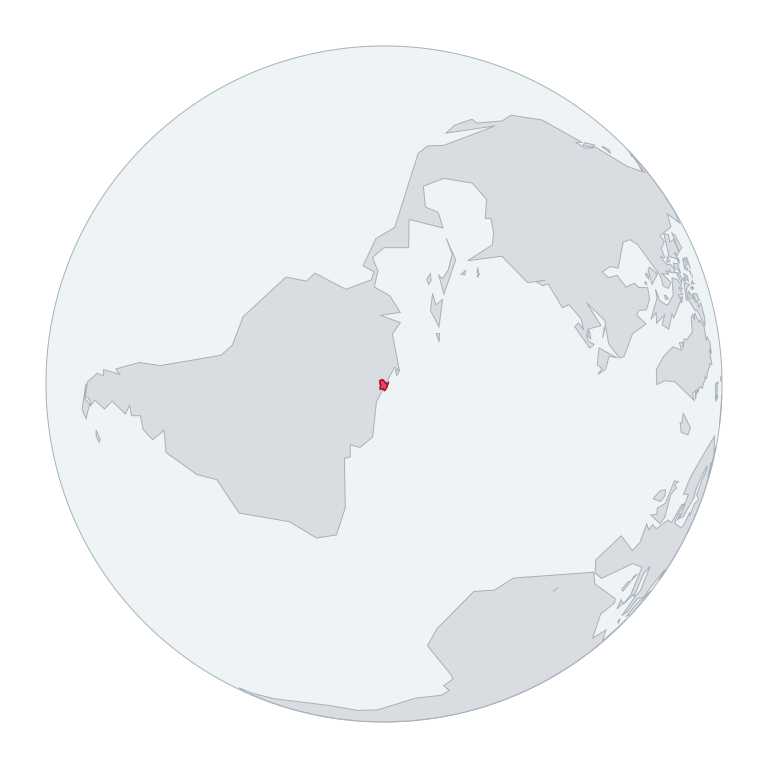 Barima-Waini on an orthographic globe, rotated 80°
{"feature_id": "GUY-675", "entity_name": "Barima-Waini", "entity_type": "Region", "adm_level": 1, "iso_a3": "GUY", "parent_name": "Guyana", "parent_adm1": "", "projection": "orthographic", "projection_center": [-59.909, 7.754], "detail": "fine", "context": "on_globe", "style": "filled", "palette": "rose", "viewbox_px": 768, "rotation_deg": 80, "n_neighbors": 0, "source": "natural_earth", "source_scale": "10m", "svg_char_len": 9664}
<svg xmlns="http://www.w3.org/2000/svg" viewBox="0 0 768 768"><g transform="rotate(80 384 384)"><circle cx="384" cy="384" r="338" fill="#eef3f6" stroke="#a8b0b8"/><path d="M198.8,101.4L204.5,98.1L210.9,94.3L212.2,93.0L219.1,89.1L220.9,88.0L232.6,81.9L237.3,79.9L242.6,77.4L243.2,76.8L249.2,74.1L251.6,73.1L250.1,74.1L264.7,67.9L276.7,65.0L265.7,75.4L279.2,74.1L286.0,86.4L292.2,83.2L298.8,87.3L308.4,85.5L306.9,89.3L315.9,84.7L315.4,81.7L319.2,78.9L324.9,77.8L324.0,82.1L321.0,83.3L323.7,84.1L320.8,86.9L325.4,85.0L323.6,91.0L333.8,83.7L339.3,87.6L335.9,92.0L325.4,93.1L291.3,109.8L284.6,116.5L285.6,123.8L310.5,133.3L307.6,140.9L311.6,149.9L318.2,144.4L317.4,135.6L330.7,128.8L328.1,120.0L333.2,116.3L335.0,107.6L346.4,107.6L356.5,112.7L355.6,120.3L360.0,123.2L370.4,115.5L377.8,130.6L398.6,142.8L399.3,147.5L383.5,155.8L359.6,155.6L339.1,170.4L364.2,160.1L365.4,173.6L370.6,176.0L377.4,175.3L381.5,170.2L384.4,175.2L360.7,186.2L357.7,181.8L365.3,178.0L354.0,178.6L338.0,188.0L339.9,195.1L313.8,204.9L314.8,210.5L309.7,216.4L309.8,206.5L309.1,225.0L278.7,245.6L277.1,280.1L265.8,253.1L254.0,249.8L239.3,250.0L238.7,255.5L220.1,250.9L201.5,262.2L191.9,289.4L196.0,310.9L216.9,312.5L224.5,300.7L240.6,298.8L226.3,330.7L254.0,336.1L249.7,360.4L257.4,373.3L271.9,370.4L286.7,376.8L298.2,362.9L316.3,355.5L315.8,375.3L326.4,357.3L336.1,367.0L372.6,366.5L369.6,371.0L400.2,394.5L434.3,404.4L442.3,418.7L438.1,427.7L450.1,430.1L450.3,435.9L499.0,443.6L524.4,457.1L523.9,477.2L503.2,501.0L485.9,549.1L449.1,565.3L440.7,583.9L413.6,610.6L391.3,608.6L398.7,621.5L387.1,629.0L372.9,629.4L371.4,638.1L360.9,638.2L368.6,644.0L353.6,654.7L360.1,663.6L349.7,671.7L354.4,676.7L349.7,676.4L345.3,678.1L345.6,680.7L330.3,675.7L323.6,664.4L327.3,658.8L321.1,657.6L328.7,642.5L322.7,645.5L320.3,621.5L327.0,601.2L327.4,539.4L319.4,526.6L293.3,511.1L261.7,462.0L269.3,442.4L262.8,432.7L284.2,405.0L279.2,378.4L271.7,374.4L264.0,384.1L239.4,366.7L231.7,346.3L162.8,310.3L157.1,299.8L159.4,283.5L149.1,229.9L147.7,279.4L141.3,269.2L138.5,251.3L143.1,247.3L145.4,222.0L141.4,212.2L151.5,182.3L180.2,147.4L179.6,153.0L186.6,144.9L187.7,137.9L186.8,135.4L212.3,106.2L219.8,92.6L210.8,95.8L221.7,90.1L197.1,102.7L195.6,103.5L198.8,101.4ZM274.1,291.8L305.9,309.4L286.6,311.1L290.5,308.0L282.7,300.9L267.7,294.2L251.2,297.5L274.1,291.8ZM291.1,273.0L285.4,271.6L291.1,271.5L291.1,273.0ZM185.2,135.2L187.0,138.3L183.5,146.6L181.2,144.3L185.2,135.2ZM193.0,121.3L195.8,121.0L187.8,128.5L188.7,126.3L193.0,121.3ZM202.9,99.7L203.0,100.4L200.5,101.2L202.9,99.7ZM328.6,108.4L331.7,108.0L329.7,109.8L328.6,108.4ZM326.4,105.2L321.9,107.5L320.2,106.4L323.0,105.0L326.4,105.2ZM332.4,102.7L317.8,104.2L314.9,102.3L323.2,95.6L332.4,102.7ZM312.8,81.2L313.6,84.4L307.8,82.9L312.8,81.2ZM308.2,81.1L284.7,82.3L286.4,77.9L293.9,78.0L291.9,73.7L304.3,70.7L308.1,72.5L304.6,75.7L312.0,72.3L308.2,81.1ZM320.3,77.7L315.4,78.0L316.5,74.0L326.5,72.7L322.9,74.3L320.3,77.7ZM285.3,74.3L287.9,71.6L298.6,68.3L301.1,66.9L304.7,70.3L285.3,74.3ZM325.6,74.7L331.6,72.2L336.2,73.3L325.1,77.1L325.6,74.7ZM312.6,73.7L313.6,71.9L316.3,72.4L312.6,73.7ZM355.9,77.0L350.0,76.8L350.1,74.6L355.9,77.0ZM333.5,71.2L331.9,70.9L331.2,70.2L336.0,68.9L333.5,71.2ZM312.0,68.1L315.9,67.5L311.1,66.4L318.9,64.5L319.9,67.4L322.7,65.3L325.1,64.8L323.3,67.8L312.0,68.1ZM339.0,65.6L342.9,69.6L353.8,70.0L354.0,71.8L336.5,70.9L339.0,65.6ZM329.9,66.6L335.6,66.3L333.0,68.4L327.5,69.8L329.9,66.6ZM323.9,62.3L311.6,64.5L311.8,63.9L323.9,62.3ZM342.7,65.3L341.6,64.4L343.7,65.1L342.7,65.3ZM330.2,62.6L325.8,63.3L326.2,62.6L330.2,62.6ZM343.2,62.3L344.5,63.4L340.8,64.3L343.2,62.3ZM337.7,62.1L339.2,60.9L338.7,63.9L335.6,62.5L337.7,62.1ZM331.2,61.8L330.0,61.6L333.0,61.6L331.2,61.8ZM356.4,58.9L356.7,62.5L348.6,64.2L349.4,60.3L356.4,58.9ZM356.6,685.8L332.0,677.5L345.5,681.4L352.9,677.5L366.5,683.5L356.6,685.8ZM379.3,675.5L389.0,673.2L391.9,674.6L385.8,676.5L379.3,675.5ZM653.7,180.4L654.8,185.7L644.3,173.6L634.6,157.9L633.7,156.4L653.7,180.4ZM622.2,144.3L620.4,142.5L613.4,135.9L622.2,144.3ZM611.4,134.0L616.7,139.4L621.1,143.3L625.1,147.7L621.4,144.6L618.0,141.0L616.2,140.4L632.6,158.9L638.8,164.9L639.7,172.1L650.0,183.3L653.6,190.1L637.4,174.1L632.0,167.4L609.6,153.5L615.5,160.9L636.9,175.0L634.4,174.7L642.4,186.6L634.2,177.4L609.2,161.7L604.0,170.4L613.2,203.5L606.8,208.9L594.1,206.1L574.7,176.7L591.2,168.4L584.6,159.5L567.5,149.6L573.9,148.5L569.0,144.0L573.9,141.1L567.3,128.0L570.3,124.9L554.7,111.9L554.1,109.0L563.5,117.2L571.6,121.9L577.3,116.5L574.6,113.1L564.0,105.5L566.9,105.7L555.9,99.2L552.8,94.3L547.3,95.3L534.7,88.2L525.7,81.8L520.6,80.1L535.2,90.8L541.9,95.1L549.3,98.2L566.7,112.3L567.5,116.2L545.6,103.4L544.4,108.1L527.8,97.5L498.5,72.7L492.9,67.6L511.2,71.4L520.0,75.4L517.8,75.7L531.8,81.0L525.0,77.8L527.4,78.5L515.9,73.2L517.1,73.5L504.1,68.5L504.3,68.3L512.5,71.5L505.0,68.5L528.1,78.4L550.5,89.9L571.8,103.1L592.2,117.8L611.4,134.0ZM679.6,220.2L682.7,225.9L676.8,215.7L684.2,228.8L694.5,250.8L703.3,273.4L710.4,296.6L715.8,320.2L719.6,344.2L721.6,368.3L721.8,392.6L720.3,416.8L717.1,440.8L712.2,464.6L705.6,487.9L697.3,510.7L687.4,532.8L675.9,554.2L663.0,574.7L657.9,579.6L665.5,567.7L674.8,546.9L691.1,493.9L700.9,466.5L703.8,446.9L698.8,407.0L700.5,381.8L697.1,372.9L691.4,377.7L686.5,367.1L682.2,368.4L649.3,386.6L634.1,374.2L603.9,331.5L606.2,311.2L597.6,290.2L605.8,210.1L617.6,211.0L635.5,193.6L639.5,194.8L648.3,210.6L670.5,222.8L664.8,208.1L674.0,213.0L673.2,209.2L657.6,185.6L679.6,220.2ZM614.8,247.5L617.4,253.8L614.8,247.5ZM373.7,366.3L378.0,370.1L372.1,370.2L373.7,366.3ZM283.3,319.1L290.3,319.7L293.8,322.8L288.3,323.7L283.3,319.1ZM343.9,320.5L352.2,322.4L343.3,323.9L343.9,320.5ZM311.0,311.7L337.2,319.9L319.8,325.4L303.4,320.5L315.1,319.0L311.0,311.7ZM286.5,284.1L290.7,285.6L289.1,289.1L286.5,284.1ZM295.2,273.1L293.4,273.4L291.6,270.4L295.2,273.1ZM366.8,172.9L368.8,172.2L375.5,172.7L371.8,174.9L366.8,172.9ZM407.9,163.2L411.6,171.6L406.4,166.6L402.2,170.6L385.9,166.1L398.8,149.7L395.8,157.6L407.9,163.2ZM367.8,156.9L376.7,160.7L366.5,157.3L367.8,156.9ZM536.9,125.2L543.0,126.7L547.7,132.2L543.8,138.9L537.1,130.7L536.9,125.2ZM550.6,127.8L529.8,114.8L531.3,111.1L534.0,115.2L537.1,114.0L542.2,120.5L564.0,130.6L569.5,136.4L559.4,144.0L559.7,137.9L553.7,136.4L550.6,127.8ZM474.1,97.5L465.2,94.4L480.1,89.8L486.8,93.5L483.4,99.7L473.6,99.1L474.1,97.5ZM349.8,91.7L345.4,92.5L345.6,91.1L349.6,89.1L349.8,91.7ZM353.2,77.1L369.2,87.1L365.0,88.3L379.5,94.0L374.0,99.8L364.8,95.7L371.4,105.0L360.9,103.6L366.7,109.9L346.8,100.2L337.6,100.2L349.9,97.8L355.2,92.3L354.7,90.0L346.6,83.7L329.5,81.9L332.0,77.1L338.3,74.3L342.8,73.9L339.8,76.9L348.0,74.3L347.0,78.6L353.2,77.1ZM411.0,56.3L405.5,57.7L421.8,57.7L421.0,60.0L422.9,59.9L426.6,62.4L434.4,65.5L432.4,66.5L436.3,67.4L438.8,69.4L443.4,71.0L441.5,73.8L447.1,76.3L443.0,76.3L453.1,79.9L444.7,78.6L447.2,81.8L454.0,81.4L432.2,97.2L429.6,106.5L431.9,115.5L417.2,113.3L405.6,104.1L397.6,92.9L402.2,85.0L394.7,86.0L394.7,82.7L400.7,83.2L391.6,80.5L393.1,78.1L386.0,71.2L371.8,69.9L368.9,67.8L375.2,67.2L367.8,65.6L377.7,63.2L375.8,61.9L383.7,58.7L397.0,59.1L393.9,57.6L399.7,55.8L411.0,56.3ZM359.0,58.0L375.1,56.7L382.5,57.8L365.7,63.0L366.1,64.6L355.5,69.1L345.0,67.7L349.0,66.5L350.4,65.0L353.1,66.0L352.0,64.2L357.4,62.6L358.0,60.9L363.1,60.8L359.0,58.0ZM637.5,188.1L639.4,187.8L640.9,185.8L646.0,193.7L637.5,188.1ZM620.8,177.4L621.5,175.6L629.5,184.8L627.5,185.6L620.8,177.4ZM615.1,167.4L620.9,174.8L616.6,171.2L615.1,167.4ZM563.5,115.6L563.5,113.8L566.1,115.4L569.3,118.5L563.5,115.6ZM459.1,60.3L454.9,60.1L453.2,59.4L441.2,57.4L440.9,56.0L448.0,56.7L459.1,60.3ZM657.7,185.9L661.9,192.1L660.3,190.0L659.2,188.3L657.7,185.9ZM656.7,192.7L660.1,194.5L658.0,194.9L656.7,192.7ZM456.8,58.5L451.9,57.7L454.8,57.6L456.8,58.5ZM440.0,55.0L442.3,54.6L439.4,55.6L440.0,55.0ZM461.9,55.2L464.4,55.8L476.5,59.0L482.0,60.6L481.2,60.4L462.5,55.4L453.6,53.3L461.9,55.2ZM434.8,50.9L439.9,51.9L437.4,51.8L434.8,50.9Z" fill="#d9dde1" stroke="#a8b0b8" stroke-width="1"/><path d="M383.1,382.4L383.3,382.3L383.4,382.2L383.5,381.9L383.5,381.7L383.7,381.4L383.8,381.3L384.1,381.3L384.2,381.2L384.4,381.2L384.5,381.1L384.5,380.9L384.3,380.5L383.7,379.8L383.3,379.3L383.5,379.3L383.9,379.7L384.2,380.2L384.4,380.4L384.6,380.5L384.9,380.5L385.0,380.6L385.3,380.8L385.5,380.9L385.7,381.0L385.8,381.1L386.1,381.2L386.3,381.3L386.8,381.8L386.6,381.6L386.4,381.4L386.2,381.2L385.8,381.0L385.2,380.6L384.9,380.5L384.8,380.4L384.7,380.2L384.8,380.1L385.0,380.2L385.2,380.3L385.4,380.4L385.5,380.5L386.1,380.9L386.7,381.1L387.3,381.6L388.3,382.2L388.7,382.5L388.8,382.5L389.2,383.0L390.0,383.8L390.3,384.1L390.5,384.3L390.6,384.5L390.3,384.9L390.1,385.1L389.2,385.5L388.8,385.9L388.8,386.0L388.7,386.0L388.9,386.3L388.9,386.5L388.7,386.7L388.6,386.8L388.3,387.8L388.3,388.0L388.4,388.5L388.1,388.4L387.8,388.3L387.7,388.3L387.6,388.6L387.4,388.7L387.2,388.7L386.9,388.6L386.7,388.5L386.0,388.0L385.9,387.9L385.3,387.8L384.5,387.3L384.4,387.3L384.1,387.4L384.0,387.5L383.9,387.7L383.8,387.8L383.7,387.8L383.4,387.8L383.2,387.8L383.1,388.0L382.7,388.0L382.6,387.9L382.4,387.9L382.2,387.9L382.1,387.7L381.9,387.6L381.7,387.6L381.4,387.5L381.3,387.4L381.2,387.4L380.9,387.4L380.7,387.3L380.5,387.5L380.3,387.7L379.9,387.4L379.7,387.1L379.8,386.8L379.9,386.7L380.0,386.6L379.9,386.5L379.9,386.4L379.8,386.2L379.7,386.1L379.6,385.9L379.4,385.8L379.2,385.5L379.2,385.4L379.3,385.2L379.5,385.1L379.7,384.8L379.8,384.8L379.8,384.7L380.0,384.7L380.0,384.4L380.0,384.2L380.2,383.9L380.3,383.7L380.5,383.6L381.0,383.6L381.3,383.6L381.5,383.3L381.6,383.2L381.9,383.0L382.0,382.9L382.4,382.7L382.5,382.6L382.7,382.4L382.8,382.3L383.1,382.4Z" fill="#f43f5e" stroke="#9f1239" stroke-width="1.5"/></g></svg>